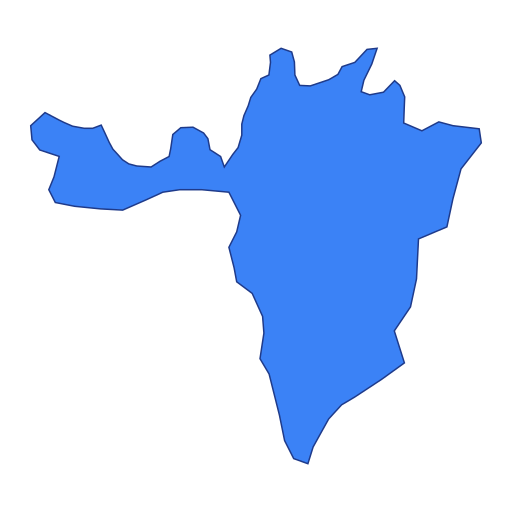 outline of Agia Varvara Lefkosias, Nicosia, Cyprus
{"feature_id": "46923920B36952304373439", "entity_name": "Agia Varvara Lefkosias", "entity_type": "district", "adm_level": 2, "iso_a3": "CYP", "parent_name": "Cyprus", "parent_adm1": "Nicosia", "projection": "robinson", "projection_center": [33.352, 34.985], "detail": "fine", "context": "isolated", "style": "filled", "palette": "blue", "viewbox_px": 512, "rotation_deg": 0, "n_neighbors": 0, "source": "geoboundaries", "source_scale": "gbopen_adm2", "svg_char_len": 1411}
<svg xmlns="http://www.w3.org/2000/svg" viewBox="0 0 512 512"><path d="M479.2,128.8L453.0,125.7L438.8,121.9L421.9,130.8L403.7,123.0L404.2,108.9L404.7,96.9L399.9,85.4L394.6,80.7L383.5,92.2L369.7,94.8L361.2,91.7L363.9,80.2L371.8,64.0L377.1,48.3L367.0,49.4L354.8,62.4L342.1,66.6L337.9,74.4L328.8,79.7L310.3,85.9L299.7,85.4L294.9,75.0L294.4,61.9L291.7,52.0L281.1,48.3L269.9,55.1L270.5,62.4L268.9,75.0L260.9,78.6L256.7,89.1L250.8,97.4L248.2,105.8L243.9,115.7L241.8,124.1L241.8,135.1L238.1,147.6L232.8,154.4L224.3,167.0L220.6,156.5L210.0,149.7L207.9,138.7L203.6,133.0L193.0,127.2L180.8,127.7L172.8,134.5L170.7,148.7L169.1,156.5L160.1,161.2L151.1,167.0L136.8,166.0L128.8,163.9L122.4,159.7L117.7,154.4L112.9,149.2L109.2,142.4L104.9,133.0L101.2,125.1L92.7,128.3L84.2,128.3L72.6,126.2L64.1,122.5L58.8,119.9L45.0,112.6L30.7,125.7L32.0,139.8L39.8,150.0L59.2,156.4L54.0,176.9L48.8,189.7L55.3,202.5L66.0,204.6L74.8,206.3L100.7,208.9L122.7,210.1L146.0,199.9L162.8,192.2L179.7,189.7L201.7,189.7L228.9,192.2L240.6,215.3L236.7,231.9L228.9,247.3L234.1,267.8L236.7,281.8L252.2,293.4L262.6,316.4L263.9,333.1L260.0,358.7L269.1,374.0L279.4,415.0L284.6,440.6L293.7,458.6L307.9,463.7L313.1,447.0L320.9,432.9L328.7,418.9L341.6,404.8L354.6,397.1L381.8,379.2L404.4,362.9L394.3,330.9L410.5,306.9L416.5,278.9L418.5,238.9L446.9,226.9L452.9,198.9L461.0,168.9L481.3,142.9L479.2,128.8Z" fill="#3b82f6" stroke="#1e3a8a" stroke-width="1.5"/></svg>